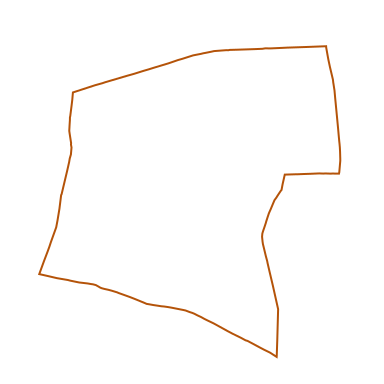 At Tahrir, Amanat Al Asimah, Yemen (Mercator projection), rotated 185°
{"feature_id": "15242507B91083186243628", "entity_name": "At Tahrir", "entity_type": "district", "adm_level": 2, "iso_a3": "YEM", "parent_name": "Yemen", "parent_adm1": "Amanat Al Asimah", "projection": "mercator", "projection_center": [44.197, 15.354], "detail": "fine", "context": "isolated", "style": "outline", "palette": "amber", "viewbox_px": 384, "rotation_deg": 185, "n_neighbors": 0, "source": "geoboundaries", "source_scale": "gbopen_adm2", "svg_char_len": 2231}
<svg xmlns="http://www.w3.org/2000/svg" viewBox="0 0 384 384"><g transform="rotate(185 192 192)"><path d="M337.0,96.9L327.4,95.6L319.0,94.4L307.9,93.5L305.7,93.1L296.3,92.0L295.2,92.0L288.0,91.8L284.6,91.5L282.6,91.4L279.7,90.9L276.8,89.6L275.2,88.8L273.6,88.3L270.8,87.8L266.9,87.3L263.5,86.7L257.8,85.5L256.4,85.0L251.0,83.6L244.9,82.0L240.8,80.8L237.5,79.8L228.9,77.1L227.5,76.6L224.8,76.4L220.5,76.0L217.0,75.8L212.6,75.5L209.7,75.5L206.1,75.3L202.5,75.0L190.4,73.7L188.1,73.4L183.9,72.2L181.2,71.6L179.0,70.9L175.9,69.6L172.0,68.2L168.7,66.7L165.9,65.6L159.0,63.0L144.3,56.5L140.7,55.0L139.6,54.5L130.5,51.0L125.7,48.9L123.7,48.5L111.8,43.4L106.3,41.1L100.3,38.8L93.3,35.1L93.3,36.1L94.1,51.1L96.0,82.8L101.9,101.4L103.2,105.5L107.9,119.7L110.5,127.7L111.1,129.8L112.9,134.7L115.0,141.0L116.8,146.3L117.4,148.8L117.6,149.9L117.9,151.4L118.3,153.5L118.3,156.7L118.0,158.3L117.6,160.0L116.8,163.2L115.8,167.4L115.5,169.1L114.4,173.9L113.8,176.4L113.6,177.3L112.9,179.4L112.2,181.4L110.2,187.7L109.1,191.1L107.5,193.7L106.6,195.5L104.6,199.2L103.6,201.0L103.0,201.8L102.4,207.8L101.8,212.2L101.1,217.4L96.1,218.0L90.2,218.7L88.9,218.8L83.5,219.5L78.6,220.1L75.3,220.5L66.9,221.6L62.8,221.8L60.8,222.1L55.1,222.4L54.1,222.6L47.2,223.1L47.0,224.5L47.0,230.5L47.0,236.0L47.2,238.1L48.0,245.0L48.6,249.3L49.2,252.7L49.7,255.2L50.8,261.2L52.0,268.0L53.6,276.7L57.6,298.3L58.9,305.6L59.4,307.6L60.5,312.1L60.8,313.2L61.4,316.2L65.5,328.6L67.7,335.8L68.8,339.8L70.9,347.6L71.1,348.9L91.7,346.3L109.9,344.1L113.5,343.6L126.2,341.9L131.6,341.5L134.3,340.8L142.0,339.8L159.3,337.7L167.1,336.8L168.1,336.4L170.1,336.3L182.3,334.3L184.8,333.5L190.9,331.7L192.8,331.2L195.1,330.4L197.2,329.8L202.8,328.2L209.0,325.6L213.3,323.8L217.5,322.2L226.7,318.1L241.0,312.4L245.6,310.5L251.0,308.4L259.7,304.8L263.9,303.2L266.6,302.2L288.0,293.8L290.7,292.6L297.9,289.9L319.3,280.8L319.3,273.3L319.5,267.3L319.9,257.0L320.1,255.8L319.9,252.9L319.8,248.5L319.6,242.2L319.0,239.6L316.7,230.2L316.7,228.7L315.9,225.8L315.9,218.8L316.7,214.8L317.0,211.1L318.2,202.3L321.7,178.5L322.1,177.5L322.6,163.7L322.8,161.1L323.5,152.0L324.2,145.0L328.2,129.8L329.3,125.1L330.7,119.9L333.5,110.0L337.0,96.9Z" fill="none" stroke="#b45309" stroke-width="2"/></g></svg>